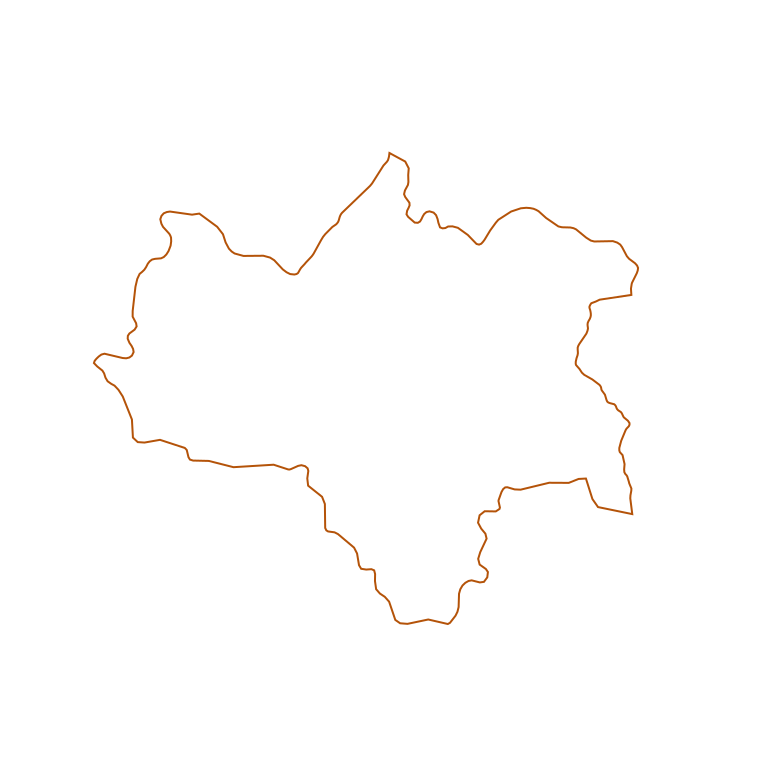 map outline of Saône-et-Loire (Mercator projection), rotated 201°
{"feature_id": "FRA-5339", "entity_name": "Saône-et-Loire", "entity_type": "Metropolitan department", "adm_level": 1, "iso_a3": "FRA", "parent_name": "France", "parent_adm1": "", "projection": "mercator", "projection_center": [4.488, 46.664], "detail": "fine", "context": "isolated", "style": "outline", "palette": "amber", "viewbox_px": 768, "rotation_deg": 201, "n_neighbors": 0, "source": "natural_earth", "source_scale": "10m", "svg_char_len": 4342}
<svg xmlns="http://www.w3.org/2000/svg" viewBox="0 0 768 768"><g transform="rotate(201 384 384)"><path d="M161.6,368.1L168.3,365.1L176.1,357.9L194.4,351.0L218.6,334.3L224.3,332.4L231.9,331.8L233.8,330.9L235.1,328.6L235.6,325.2L235.4,316.9L235.2,315.8L231.5,310.2L231.4,308.7L234.0,305.1L244.4,301.3L247.7,295.7L246.5,288.2L241.4,283.8L235.7,280.6L232.8,276.4L233.9,261.5L233.4,254.5L230.0,249.7L222.6,247.8L219.6,245.7L218.3,240.5L219.8,235.1L223.4,233.1L231.8,232.1L234.5,230.4L236.8,227.6L238.5,224.0L239.2,219.7L238.8,215.1L234.4,202.5L233.8,197.7L234.2,193.3L236.8,184.7L238.4,182.8L258.3,180.0L276.1,168.5L283.2,166.4L288.9,167.8L301.2,182.6L307.0,185.6L312.7,186.9L317.8,189.6L321.8,196.8L324.2,203.4L326.4,206.5L329.4,206.6L334.1,204.4L339.1,203.3L342.4,205.9L348.4,216.1L353.3,220.5L373.2,227.4L377.0,227.8L383.4,226.3L385.4,226.7L387.3,228.5L396.2,250.8L401.4,256.5L418.4,261.9L421.8,268.4L423.5,275.7L425.1,277.9L428.2,279.0L432.0,278.6L434.8,276.8L440.4,271.2L441.6,270.3L442.7,269.9L458.1,269.1L494.7,252.4L520.0,249.4L534.8,244.1L538.1,243.9L540.3,245.6L544.5,251.7L547.0,252.9L573.1,251.6L586.6,243.5L593.1,241.5L599.2,244.0L606.6,260.5L623.4,278.7L629.8,283.4L635.0,285.9L638.7,286.4L643.0,287.5L646.3,290.1L649.1,293.6L651.7,295.6L658.0,297.6L662.3,299.6L662.4,302.0L661.5,304.6L660.2,307.4L658.4,310.2L655.8,312.1L637.3,314.6L633.9,315.6L631.2,317.5L629.5,320.2L629.2,324.1L630.8,326.8L633.3,329.1L636.4,331.2L639.5,334.4L640.4,337.2L639.8,339.9L636.3,345.4L635.6,349.1L637.2,351.9L642.8,356.8L644.8,362.1L650.9,385.7L652.0,393.7L651.6,399.2L650.0,402.0L648.7,404.8L648.0,407.9L647.6,411.7L646.7,414.6L645.1,417.1L642.6,418.8L637.2,421.4L635.1,423.6L633.6,426.9L632.8,430.9L632.8,436.7L633.8,440.9L635.3,444.4L636.8,446.1L638.3,447.3L646.6,451.5L649.3,453.9L651.9,457.7L652.0,461.2L650.8,464.4L648.4,466.7L645.6,468.3L623.9,473.3L617.5,476.9L596.1,471.0L588.0,466.1L582.6,459.4L577.3,454.8L573.7,453.1L570.3,452.3L561.1,453.2L542.6,460.5L535.7,461.2L530.8,460.2L519.5,454.7L515.0,453.4L511.0,453.0L506.9,454.1L505.1,455.3L504.2,456.5L504.0,457.0L503.4,461.1L503.0,462.8L501.1,467.5L500.5,469.3L497.3,477.1L496.8,478.8L496.4,480.5L494.3,495.7L493.6,499.6L492.5,503.0L488.5,512.1L485.9,515.9L485.3,517.4L484.9,519.0L484.9,520.7L485.2,523.9L485.2,525.5L485.0,527.2L484.5,528.8L468.0,564.0L467.0,567.0L462.8,587.8L460.9,592.6L460.5,594.5L460.7,596.9L460.9,598.4L461.7,601.6L443.9,599.3L438.2,594.2L436.3,587.8L433.6,581.3L433.0,578.4L433.8,572.2L433.3,568.4L431.2,566.2L425.2,562.3L424.1,559.9L424.2,557.0L424.5,554.1L423.8,550.5L421.4,548.7L413.2,545.7L410.2,546.6L408.6,548.6L408.1,551.4L407.9,554.4L407.4,557.1L406.0,559.7L403.4,561.5L399.1,561.8L395.9,560.3L393.1,557.2L391.0,554.0L387.8,550.3L385.1,550.3L382.6,551.6L380.6,554.0L376.6,555.7L371.0,556.3L359.2,553.2L347.8,547.9L345.2,548.2L343.5,549.8L342.5,552.3L341.8,554.8L339.9,565.4L337.4,574.7L336.1,578.3L327.1,590.6L319.2,597.1L314.3,599.5L310.6,600.6L307.2,601.2L304.3,601.1L301.6,600.7L292.2,597.1L277.7,593.6L274.0,594.1L266.1,596.9L262.9,597.4L260.1,597.2L247.7,593.1L242.3,592.0L238.8,592.4L221.5,599.4L216.9,599.6L213.4,598.8L210.8,597.1L203.0,590.3L200.0,588.7L192.9,586.7L190.2,585.3L188.4,583.4L187.8,580.9L187.7,578.1L188.7,567.6L188.7,566.9L188.6,566.1L187.6,561.5L185.0,555.8L212.9,540.0L215.9,536.8L219.4,533.7L219.7,532.5L219.9,531.1L219.9,529.8L219.5,528.8L218.9,528.0L218.0,526.9L216.9,525.2L216.1,523.7L215.5,522.2L215.2,520.6L215.2,518.6L215.6,516.1L215.7,514.1L215.3,512.5L214.7,511.2L214.0,510.0L213.4,508.7L213.1,506.5L213.1,503.6L216.0,491.4L216.3,489.3L216.2,487.3L215.4,485.3L214.7,483.8L214.0,482.2L213.6,480.1L213.5,477.1L213.0,473.7L212.4,471.9L211.7,470.7L210.9,470.2L206.9,468.1L203.3,465.5L200.3,464.3L191.1,462.9L182.5,460.4L181.2,459.6L180.2,458.7L179.0,456.7L178.4,456.1L173.9,453.2L170.6,448.9L169.3,447.6L167.9,447.1L166.3,447.1L161.8,447.6L160.4,447.0L159.4,446.2L158.4,445.0L157.4,444.1L156.0,443.4L152.8,442.7L151.5,441.9L148.8,439.3L148.1,438.8L143.1,437.1L140.8,435.5L140.2,433.9L140.3,432.3L141.6,429.2L141.9,427.4L142.2,416.0L141.4,408.6L140.5,406.3L139.4,404.9L135.8,403.1L130.7,395.4L129.2,390.3L128.0,387.8L126.5,386.5L125.0,385.8L123.8,384.9L120.3,380.4L119.5,379.2L115.6,375.1L114.9,373.0L114.0,368.3L113.1,365.5L105.6,351.5L140.1,345.8L148.2,351.3L161.6,368.1Z" fill="none" stroke="#b45309" stroke-width="2"/></g></svg>